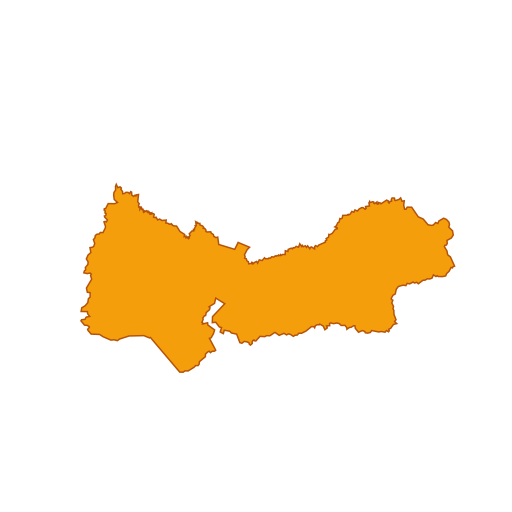 the district of Makonde, Mashonaland West, Zimbabwe, rotated 60°
{"feature_id": "62879985B9452203972303", "entity_name": "Makonde", "entity_type": "district", "adm_level": 2, "iso_a3": "ZWE", "parent_name": "Zimbabwe", "parent_adm1": "Mashonaland West", "projection": "mercator", "projection_center": [29.982, -17.062], "detail": "fine", "context": "isolated", "style": "filled", "palette": "amber", "viewbox_px": 512, "rotation_deg": 60, "n_neighbors": 0, "source": "geoboundaries", "source_scale": "gbopen_adm2", "svg_char_len": 6139}
<svg xmlns="http://www.w3.org/2000/svg" viewBox="0 0 512 512"><g transform="rotate(60 256 256)"><path d="M323.0,313.3L324.5,311.8L324.1,308.9L325.7,306.9L327.5,305.5L329.2,305.9L330.4,305.3L329.9,303.0L328.3,302.2L327.7,301.0L327.7,299.7L328.6,299.8L329.5,298.6L327.6,292.7L330.2,288.8L330.3,286.6L332.0,283.9L331.6,277.8L336.3,275.6L337.0,270.4L339.6,269.0L339.7,266.7L341.1,265.4L344.3,263.8L344.1,262.1L345.1,259.7L344.3,257.7L345.7,255.1L346.0,250.3L344.9,243.2L346.1,241.3L347.5,241.1L346.0,239.4L346.2,237.1L347.2,235.8L346.8,234.9L350.3,232.8L354.3,233.2L353.9,230.2L351.8,229.8L353.2,227.0L351.2,226.0L351.2,224.9L353.4,222.6L354.4,219.6L356.2,217.7L358.7,217.0L360.6,213.6L363.5,213.2L364.9,213.9L364.6,210.7L365.3,209.3L365.2,206.3L366.0,205.2L368.3,206.2L373.3,205.3L373.7,201.3L375.6,199.6L377.2,199.7L378.6,197.9L379.4,195.2L378.4,193.1L383.2,187.6L384.0,185.3L386.5,182.3L385.8,180.3L387.9,179.1L387.4,178.0L385.8,177.6L386.0,175.6L384.0,171.2L384.9,167.9L382.1,168.8L381.2,166.6L375.5,165.7L372.0,163.8L370.3,163.8L368.4,162.1L364.6,161.9L362.7,159.6L361.2,160.4L360.3,160.0L358.5,157.1L358.5,154.4L354.9,151.1L353.6,147.9L354.8,143.1L356.6,141.0L355.3,138.8L357.0,136.8L357.1,133.0L358.7,132.2L359.1,130.0L361.2,129.3L360.5,123.6L361.5,121.4L361.4,119.0L362.7,117.2L363.2,114.7L361.1,111.8L363.8,110.4L363.6,109.0L364.9,108.4L367.0,105.0L368.1,101.7L366.5,99.6L365.8,96.5L363.5,92.8L364.5,91.8L363.8,90.8L364.1,89.1L354.0,88.1L350.7,89.4L347.1,88.1L342.1,88.2L341.2,87.1L341.7,85.7L340.9,84.2L338.0,82.8L338.1,77.9L336.5,74.7L332.5,73.2L327.5,74.6L325.3,72.6L323.1,72.0L319.5,72.8L317.1,74.6L317.1,80.0L318.7,82.3L316.8,83.7L317.8,86.8L317.4,88.5L315.0,91.4L307.6,92.7L303.2,95.9L291.6,96.8L289.3,100.6L290.5,102.8L289.8,103.9L285.9,102.7L282.3,100.0L281.6,102.2L278.0,101.7L278.5,103.8L277.8,107.4L277.1,107.9L275.1,107.1L273.8,109.1L274.5,110.4L276.3,111.2L275.7,112.5L276.7,114.2L276.0,114.6L274.5,113.9L272.9,114.9L273.3,121.7L272.4,121.7L270.9,123.2L272.1,123.9L272.0,124.7L271.1,125.2L269.7,124.4L270.0,127.1L269.0,127.6L268.3,127.0L267.3,127.8L266.8,130.5L265.6,130.3L266.5,131.7L269.4,132.7L267.9,136.4L269.8,136.8L270.1,138.1L267.6,139.1L266.9,140.3L266.9,143.4L267.8,145.7L265.6,147.3L267.0,149.4L265.3,150.7L266.8,153.5L266.8,155.2L266.0,155.4L266.2,156.8L264.2,160.6L266.2,162.3L266.3,163.9L265.5,164.6L268.1,167.1L268.1,168.6L270.0,171.3L270.2,173.2L272.1,171.6L273.0,171.9L272.5,174.0L274.5,178.6L274.5,181.2L273.7,182.1L275.9,183.7L276.0,186.6L277.5,186.7L277.6,188.5L278.7,189.0L277.9,196.2L278.6,198.1L276.8,199.2L277.1,200.4L279.1,201.7L275.9,203.4L275.7,204.5L276.6,205.8L273.0,206.2L273.8,208.0L271.8,208.2L271.6,210.4L269.9,210.6L270.6,211.7L267.3,212.0L269.7,214.8L267.7,216.4L268.2,218.4L267.4,219.6L268.0,220.7L266.8,221.6L266.4,224.8L268.0,226.1L266.1,228.0L269.3,230.0L268.0,232.1L268.1,233.8L267.1,234.0L267.7,235.0L266.5,235.9L267.0,236.4L266.1,237.6L266.3,238.7L265.5,239.2L265.8,241.2L264.5,242.7L265.1,244.7L264.2,245.7L264.5,246.5L263.1,249.2L261.8,249.5L263.0,252.9L261.0,255.1L263.0,258.2L261.0,258.2L260.8,260.8L261.4,262.1L261.1,263.0L259.9,262.3L259.3,262.8L260.1,263.7L259.1,266.2L257.1,265.5L255.6,266.3L253.5,265.8L252.2,266.9L251.0,265.7L249.2,265.4L246.1,260.5L245.2,257.2L235.3,264.7L239.6,271.1L227.4,282.5L220.5,279.7L220.0,281.5L217.9,282.7L216.1,282.2L213.8,283.3L212.4,283.1L210.6,286.6L209.6,287.1L208.6,286.4L207.0,286.5L205.6,287.7L205.4,287.0L203.4,287.2L201.0,289.0L199.7,288.3L198.2,290.9L197.7,289.9L196.8,290.6L197.3,291.2L196.7,291.3L199.4,292.4L199.4,293.4L200.0,293.1L201.3,295.5L202.4,296.1L201.8,296.9L203.1,297.5L202.3,298.8L203.4,302.7L205.3,302.8L205.8,304.2L207.0,304.7L207.2,305.8L205.4,305.6L205.7,306.6L204.9,306.7L205.0,307.4L203.8,306.7L203.3,308.5L201.7,307.0L196.7,309.6L190.4,309.8L188.4,312.6L186.0,313.1L186.4,313.6L185.2,314.4L185.2,315.2L183.5,316.0L182.3,317.6L180.0,315.8L178.2,319.7L175.8,321.0L175.6,323.1L172.4,323.2L172.5,323.9L171.1,325.3L169.1,323.3L168.3,323.5L166.8,324.8L167.5,325.1L167.1,326.2L166.5,325.4L166.5,326.5L165.8,325.9L165.6,326.6L164.7,326.5L164.6,327.4L163.6,326.7L163.0,327.3L163.3,328.1L162.1,328.1L162.0,330.5L161.0,329.2L161.6,331.4L159.2,330.5L159.1,331.1L157.0,331.0L157.7,331.7L156.7,331.8L157.4,333.1L155.4,331.9L155.1,333.0L153.2,332.3L152.4,331.0L149.9,331.3L144.0,327.0L143.3,328.9L144.0,330.0L142.8,330.3L143.2,332.2L141.0,333.1L138.5,331.8L137.6,332.3L138.7,334.3L137.0,334.9L135.8,336.8L136.1,338.6L135.4,340.3L133.3,339.3L130.8,339.7L129.8,338.6L128.1,339.2L127.7,341.5L124.1,341.2L125.5,342.9L128.7,344.6L129.9,347.2L132.0,348.8L136.2,350.5L140.4,349.2L140.0,352.3L136.7,357.8L139.8,362.6L139.2,363.7L140.4,364.6L141.8,364.1L143.2,365.3L144.5,364.6L145.8,366.0L145.6,367.3L146.8,367.6L150.5,366.6L151.7,368.6L150.6,369.3L150.4,370.6L155.0,371.5L156.4,372.5L159.2,376.8L157.8,379.0L158.5,381.1L157.6,382.8L157.9,384.9L159.7,386.4L160.5,388.6L164.5,389.4L166.4,391.5L166.7,393.0L165.7,395.6L170.4,397.3L171.2,401.0L173.7,404.4L177.1,404.3L179.2,405.8L180.7,409.6L182.8,410.4L183.1,412.1L184.5,413.5L186.9,410.9L187.8,408.2L189.4,407.7L190.1,409.0L193.9,409.9L199.0,418.9L203.1,420.2L204.8,418.0L208.6,420.2L209.2,422.5L212.3,425.0L213.7,428.9L213.7,432.8L216.6,435.2L219.9,429.8L221.9,430.7L225.2,430.2L224.0,433.6L225.3,435.7L224.0,439.0L224.6,440.0L230.1,439.1L231.7,436.9L233.8,435.7L234.4,435.9L235.3,438.5L236.5,438.7L241.2,437.8L245.8,430.6L249.3,428.9L256.3,423.7L257.6,420.8L260.0,418.4L259.7,415.7L261.8,405.9L268.9,392.9L273.7,389.2L273.7,388.2L318.4,380.1L320.2,377.2L320.0,374.8L321.6,372.3L321.4,365.3L320.7,363.2L321.9,361.0L321.3,359.4L319.2,357.8L317.9,350.2L315.7,348.8L315.0,345.8L315.0,344.2L316.9,343.8L316.6,341.7L317.7,339.4L317.4,338.0L304.0,337.5L304.4,335.8L302.1,331.8L299.3,328.8L291.7,332.2L289.6,331.3L288.2,336.2L287.6,335.5L286.5,336.1L284.5,333.5L283.1,333.0L282.0,330.6L282.4,329.4L280.1,327.4L279.3,323.2L277.8,321.7L276.5,322.2L276.3,315.6L272.3,311.9L281.7,306.9L286.8,324.0L291.9,327.2L293.2,324.0L299.2,323.2L300.7,321.6L303.9,325.0L306.9,323.1L304.4,320.6L308.0,316.4L310.4,315.8L314.0,311.8L323.0,313.3Z" fill="#f59e0b" stroke="#b45309" stroke-width="1.5"/></g></svg>